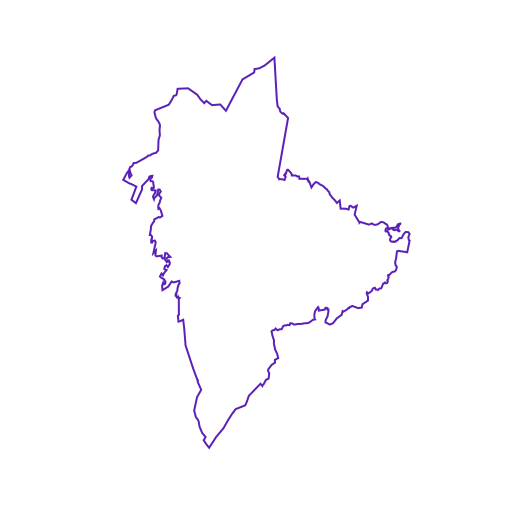 Stalbes pag., Pargaujas, Latvia (Robinson projection), rotated 283°
{"feature_id": "27541924B34232814184003", "entity_name": "Stalbes pag.", "entity_type": "district", "adm_level": 2, "iso_a3": "LVA", "parent_name": "Latvia", "parent_adm1": "Pargaujas", "projection": "robinson", "projection_center": [25.027, 57.415], "detail": "fine", "context": "isolated", "style": "outline", "palette": "violet", "viewbox_px": 512, "rotation_deg": 283, "n_neighbors": 0, "source": "geoboundaries", "source_scale": "gbopen_adm2", "svg_char_len": 6116}
<svg xmlns="http://www.w3.org/2000/svg" viewBox="0 0 512 512"><g transform="rotate(283 256 256)"><path d="M319.0,115.8L317.4,115.7L315.2,114.7L315.2,114.4L314.5,113.5L312.5,113.0L308.6,115.0L306.6,116.6L303.8,115.1L305.0,114.4L307.3,113.7L307.7,113.8L309.1,113.2L310.0,112.5L308.2,111.7L300.3,109.5L298.2,116.5L298.1,118.1L296.7,123.8L282.8,122.0L280.5,127.1L295.3,130.0L298.5,129.2L306.7,134.0L309.3,134.3L310.2,135.3L310.8,137.0L309.0,136.9L307.6,135.6L305.3,136.5L305.5,138.4L305.0,139.1L299.6,141.2L299.0,140.4L299.0,139.0L297.4,138.9L296.8,139.5L296.7,140.0L297.1,141.0L297.2,143.5L294.0,143.4L292.9,142.7L290.5,142.3L288.4,143.8L289.3,143.8L293.0,146.0L298.8,145.8L299.1,147.1L297.4,148.7L293.7,147.3L291.4,150.6L288.1,150.0L286.6,150.2L284.3,149.5L282.2,149.6L280.0,150.3L280.9,151.2L278.9,153.0L274.0,155.8L271.9,153.7L272.1,152.5L268.7,148.6L266.7,148.9L265.4,148.2L261.7,147.0L257.6,147.6L252.6,147.8L252.9,148.7L251.6,150.3L249.4,150.8L249.1,150.3L246.8,150.5L245.5,151.0L245.7,151.8L247.2,151.7L248.3,153.9L246.9,155.2L235.7,155.4L238.9,157.2L234.1,157.8L233.6,158.4L233.3,159.1L233.6,160.0L235.2,164.0L233.7,164.2L232.5,165.7L233.0,166.8L235.3,167.2L238.4,166.9L238.6,168.5L235.8,172.7L235.0,170.4L233.9,169.7L233.3,168.7L231.8,168.4L230.1,170.4L231.6,171.0L231.0,171.6L232.0,172.2L230.0,173.6L228.3,173.7L225.4,172.6L226.9,170.8L225.4,169.6L222.8,169.5L222.4,170.6L222.2,172.0L218.6,170.2L216.2,169.7L217.7,167.9L214.4,167.0L213.5,168.6L212.7,171.6L210.6,173.6L208.5,173.7L207.8,172.8L209.3,171.6L205.8,171.2L201.7,172.6L206.4,177.3L212.2,179.6L211.7,181.1L211.9,182.0L214.4,186.7L214.0,186.7L212.6,187.7L209.7,186.8L208.9,187.0L208.5,186.8L206.5,186.8L204.7,187.2L203.4,187.0L202.9,186.7L201.7,186.7L201.4,186.4L200.5,187.1L199.8,186.4L199.2,186.5L199.1,186.8L199.4,186.9L198.9,187.4L199.1,187.5L198.6,187.7L198.6,188.0L198.2,188.1L198.3,188.6L197.7,188.8L198.0,189.4L198.3,189.5L197.9,189.7L198.0,190.3L197.5,190.5L197.6,191.0L196.5,190.5L181.4,194.1L180.3,193.3L174.6,195.2L175.4,196.7L177.5,199.4L169.7,202.2L153.0,207.5L132.2,220.1L121.9,226.9L121.8,227.4L120.2,227.5L113.3,232.7L105.2,230.3L91.6,230.5L85.4,233.7L83.5,236.1L81.8,237.4L77.0,239.4L71.4,243.4L68.3,247.6L64.7,246.5L61.5,249.8L58.6,253.5L70.5,257.8L81.0,263.1L89.2,265.5L96.8,268.2L102.2,270.6L108.1,279.1L111.6,279.8L118.2,280.5L132.5,289.1L130.8,291.4L131.5,291.4L132.5,292.2L137.7,293.6L139.1,295.7L139.4,295.8L144.4,295.4L147.0,293.5L148.4,293.5L153.4,295.7L156.2,298.4L156.8,298.5L158.2,297.9L159.1,297.8L161.5,300.6L165.5,298.6L169.1,295.7L171.3,294.7L174.7,293.1L177.6,292.6L182.0,290.0L186.0,288.1L187.1,288.7L188.1,290.6L189.7,291.5L189.3,291.9L188.5,294.0L189.8,295.3L190.5,297.5L193.9,298.3L194.8,299.5L195.2,301.2L195.9,302.0L196.2,304.3L198.1,304.4L198.5,306.2L197.7,308.6L199.2,312.1L200.2,316.0L201.2,317.9L202.1,321.1L203.2,322.9L206.6,325.8L207.5,327.8L208.2,327.1L212.0,326.0L215.6,326.0L217.1,326.6L220.2,328.0L219.5,328.7L216.9,329.5L219.3,335.1L221.0,335.3L221.4,335.8L221.3,336.2L220.9,336.1L220.8,336.3L221.1,336.8L220.9,336.9L221.1,337.4L220.2,337.8L220.2,338.2L219.9,338.2L220.0,338.6L219.4,338.6L218.8,339.0L213.3,339.3L209.3,338.3L207.0,338.6L205.8,343.3L207.9,346.2L213.5,348.8L217.9,352.7L221.7,352.8L221.3,353.5L224.0,356.4L226.3,357.9L226.2,358.5L227.6,359.1L228.1,360.3L229.0,360.9L228.2,367.2L229.5,370.6L233.0,370.6L237.7,375.1L241.3,374.4L244.6,372.2L245.6,372.3L244.9,373.5L245.0,374.2L248.3,376.8L250.4,377.1L251.4,378.1L251.8,379.0L250.3,380.2L250.6,382.1L250.3,382.5L252.1,383.7L252.7,385.2L253.5,385.5L257.7,386.1L257.8,386.6L259.1,387.6L258.7,387.9L258.6,388.3L258.9,389.6L259.4,389.9L260.8,390.2L261.9,389.4L263.5,390.0L265.4,390.0L266.2,389.2L267.1,389.0L267.3,389.2L267.1,389.8L267.3,390.0L269.8,391.5L271.1,392.5L272.2,394.8L273.4,395.4L276.4,395.8L277.8,395.1L278.1,394.3L280.9,393.0L285.8,393.0L292.2,392.3L292.5,393.0L293.0,393.3L293.7,402.5L305.5,402.2L305.7,401.6L305.8,401.4L308.5,400.2L312.1,400.7L313.5,399.0L313.1,396.4L310.2,394.8L306.5,394.0L305.9,393.4L306.0,392.2L305.8,391.8L303.0,390.2L302.4,389.4L301.7,389.0L301.8,388.6L300.9,387.9L300.7,387.4L300.7,386.4L300.9,386.3L300.5,385.6L300.6,384.0L301.5,383.1L302.3,382.9L303.6,382.9L304.4,383.5L305.1,383.5L306.0,382.6L306.1,381.4L306.6,380.9L308.2,380.2L308.5,379.6L309.9,378.5L309.1,377.2L309.2,376.8L309.7,376.4L311.8,376.4L312.2,376.8L312.4,377.9L311.7,379.0L311.8,379.5L312.8,380.6L313.5,382.4L313.2,383.2L312.3,384.1L312.4,385.5L313.4,387.2L313.4,387.7L312.2,389.3L312.3,390.0L312.7,390.2L313.6,388.8L314.3,388.7L314.7,388.3L315.6,388.2L318.3,388.6L319.6,389.2L320.2,390.1L320.1,389.0L318.9,387.7L318.9,387.2L316.3,386.4L315.5,385.9L314.5,384.4L314.2,382.7L313.1,380.3L313.0,378.1L315.1,377.4L316.2,376.4L316.4,375.1L317.3,373.3L317.5,371.1L317.3,370.2L314.2,367.4L313.3,365.6L313.1,364.7L313.1,363.2L313.8,361.8L313.7,361.4L312.0,359.0L312.6,350.0L311.9,349.5L312.6,349.4L312.6,348.5L318.5,342.8L327.6,342.8L325.0,339.9L326.2,336.9L325.7,335.9L322.1,335.7L322.3,333.0L321.2,327.8L328.9,325.1L325.9,322.9L328.2,320.1L329.8,317.5L332.8,313.9L334.6,313.1L335.7,311.3L336.9,310.2L337.0,309.5L339.4,305.4L340.3,301.6L341.3,300.1L341.5,297.6L339.0,296.0L335.3,294.6L340.6,291.1L340.3,290.5L343.0,289.0L342.3,288.8L342.7,288.5L341.0,280.9L343.2,280.1L342.8,278.3L343.1,277.8L343.3,276.2L342.5,272.8L343.3,272.7L345.2,270.9L347.2,267.9L347.0,267.0L342.9,266.5L343.2,266.2L341.1,265.3L339.8,267.1L336.5,266.7L336.7,264.9L336.3,262.0L335.9,261.3L337.3,260.2L337.9,259.3L397.7,256.2L401.2,250.9L400.6,250.6L401.0,249.1L402.0,247.4L403.3,246.5L404.7,246.1L406.5,243.5L412.8,241.2L453.4,229.3L443.6,221.6L439.8,217.2L438.9,215.4L437.9,212.6L434.4,212.9L425.0,203.1L390.7,194.0L395.6,187.1L393.1,179.2L396.0,172.6L393.3,171.2L396.2,166.6L399.9,162.5L404.1,152.1L401.3,142.0L395.7,142.3L394.6,141.9L393.5,139.8L390.0,139.1L383.8,137.0L375.3,124.9L373.3,124.7L369.2,126.7L367.3,128.0L365.3,130.4L363.0,132.4L361.5,133.1L356.8,133.7L351.9,135.2L347.2,134.9L336.9,136.9L333.9,135.3L333.2,133.6L331.9,131.7L330.1,130.0L329.5,128.2L328.5,127.7L326.3,125.5L319.9,118.5L319.0,115.8Z" fill="none" stroke="#5b21b6" stroke-width="2"/></g></svg>